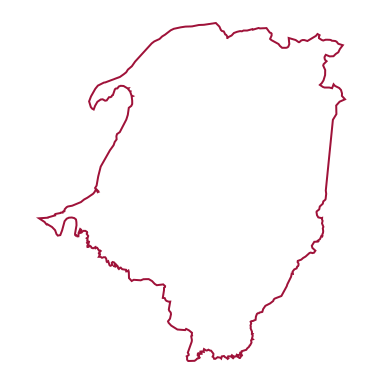 Tubará, Atlántico, Colombia
{"feature_id": "7082276B89966786375861", "entity_name": "Tubará", "entity_type": "district", "adm_level": 2, "iso_a3": "COL", "parent_name": "Colombia", "parent_adm1": "Atlántico", "projection": "orthographic", "projection_center": [-75.005, 10.899], "detail": "fine", "context": "isolated", "style": "outline", "palette": "rose", "viewbox_px": 384, "rotation_deg": 0, "n_neighbors": 0, "source": "geoboundaries", "source_scale": "gbopen_adm2", "svg_char_len": 5888}
<svg xmlns="http://www.w3.org/2000/svg" viewBox="0 0 384 384"><path d="M292.9,273.8L292.6,271.6L294.3,269.4L296.6,268.4L297.2,266.6L298.0,266.2L298.5,265.1L298.5,263.5L297.6,262.1L297.8,260.9L301.3,259.6L303.1,258.0L305.5,256.6L309.5,253.0L310.7,252.6L312.5,253.1L314.0,252.7L315.4,250.7L312.4,247.9L311.8,245.8L314.3,241.8L318.0,241.6L319.0,240.7L318.1,241.2L317.7,240.8L320.0,239.1L321.3,236.1L322.2,236.5L322.5,235.7L322.3,234.4L323.0,232.9L323.2,231.1L322.8,228.3L323.4,226.9L322.0,223.3L322.6,220.9L322.0,219.4L322.1,217.9L321.5,218.1L318.3,217.4L317.0,215.2L316.5,212.1L316.7,211.4L319.2,209.4L319.8,206.5L322.8,203.7L323.3,201.4L325.3,199.7L325.6,199.0L326.2,193.8L325.8,190.5L332.9,119.8L336.4,114.1L336.2,105.5L339.6,101.7L345.0,99.3L341.9,95.9L342.0,93.4L341.0,90.0L339.2,88.0L335.0,85.9L333.6,84.3L332.1,88.2L329.1,87.5L324.5,87.5L323.0,87.0L319.9,84.9L321.8,83.1L323.5,80.4L325.1,75.1L325.2,70.0L323.2,65.6L323.6,64.2L326.6,61.2L325.3,60.1L324.7,58.9L324.5,57.2L325.1,55.9L325.8,54.8L329.7,56.4L333.5,56.2L335.7,54.0L338.3,52.3L339.9,49.0L342.8,45.2L338.3,43.8L336.6,41.7L335.2,41.0L331.8,40.7L330.8,40.0L329.5,39.8L325.8,39.7L323.2,40.5L321.8,40.0L319.0,38.2L318.9,36.8L319.6,35.2L317.5,34.0L315.9,35.9L307.4,41.0L304.5,40.1L302.8,40.0L301.2,40.5L299.4,42.1L298.6,42.1L295.6,40.0L288.7,38.0L289.3,44.1L288.3,46.7L287.4,47.4L286.1,47.8L282.1,47.8L279.9,45.9L278.5,44.0L271.4,40.1L270.1,38.9L271.6,35.6L271.6,33.6L270.9,32.9L269.8,32.6L266.5,28.1L260.0,28.4L258.6,28.0L252.8,29.7L252.5,29.1L247.3,30.5L243.6,30.5L241.9,31.3L240.1,31.1L237.1,31.8L233.9,33.0L231.6,35.5L227.8,37.4L227.3,38.8L227.2,36.4L226.1,34.8L225.2,34.4L224.2,32.2L223.7,31.4L222.0,31.0L220.9,30.0L219.4,26.6L215.8,23.0L203.9,24.8L198.9,25.0L192.0,26.4L185.5,26.6L180.8,27.3L173.8,28.8L170.7,30.3L165.0,34.7L162.2,36.4L159.5,39.0L154.3,41.4L151.7,43.4L135.1,61.6L131.9,66.2L127.9,69.6L126.2,72.3L123.8,74.2L120.0,76.9L105.3,82.4L103.9,82.6L97.9,85.6L95.3,88.8L91.0,96.4L89.1,101.4L90.8,107.0L92.2,108.7L93.7,109.5L95.1,105.8L97.4,101.8L100.7,99.5L102.7,99.3L105.1,100.7L106.7,100.4L109.0,97.2L110.3,97.2L111.4,96.7L112.0,95.5L112.9,95.1L114.9,89.3L115.9,88.5L117.4,88.4L118.8,86.5L120.7,85.8L123.6,86.0L127.6,88.4L128.6,88.3L128.1,89.0L129.9,91.3L130.6,91.4L130.4,92.3L131.5,95.5L132.8,96.1L131.7,96.6L132.2,100.7L132.2,104.0L131.3,105.9L128.8,107.8L127.8,114.9L126.3,119.6L119.8,132.1L117.0,134.1L116.4,136.2L116.6,139.4L114.7,142.0L113.6,145.2L110.0,150.2L100.7,166.6L98.2,176.5L96.6,185.6L95.1,188.0L99.0,191.9L97.8,191.3L98.1,192.0L97.8,192.2L96.8,190.7L97.5,190.9L96.6,189.8L95.8,189.8L94.5,192.1L93.2,193.7L87.4,197.7L84.1,199.5L80.9,202.1L72.2,205.7L67.9,206.5L66.6,207.2L64.7,209.3L64.5,210.7L63.9,211.0L64.1,211.4L62.7,212.0L62.6,212.6L60.9,212.6L60.5,213.0L55.4,214.0L54.8,214.6L55.1,215.4L48.0,217.4L47.9,217.7L39.0,218.3L44.6,222.0L46.3,224.2L46.9,224.6L47.3,224.2L52.0,227.0L55.1,230.2L56.5,234.1L57.8,235.6L60.3,235.1L62.1,230.4L64.6,221.2L66.7,218.7L68.9,217.7L71.8,217.5L74.3,218.1L76.0,219.5L76.4,222.1L76.5,225.3L75.0,234.0L75.2,235.1L75.8,235.6L76.3,235.2L77.3,236.4L78.4,236.3L78.6,232.9L80.2,229.0L81.1,229.7L80.7,232.8L81.5,232.6L83.1,230.9L85.4,230.9L87.0,231.9L87.2,232.8L86.7,233.9L88.2,236.0L87.8,237.3L86.7,238.2L87.6,239.0L87.2,240.8L89.0,241.7L88.8,242.7L87.3,242.5L87.0,242.8L88.1,244.4L87.3,246.0L87.5,247.0L88.6,246.9L88.8,246.4L88.5,245.6L89.2,245.4L91.0,246.6L91.6,247.8L92.7,248.2L93.5,248.2L95.4,247.1L95.6,248.1L96.4,247.6L97.2,247.8L99.0,250.6L99.9,250.4L100.7,251.0L98.8,253.2L99.0,253.7L99.8,253.8L100.0,254.4L98.8,256.8L100.5,256.8L102.0,257.8L103.7,257.2L105.3,257.3L106.2,258.7L106.7,261.7L107.0,262.0L108.2,261.2L109.5,265.1L110.3,265.8L112.1,265.1L111.8,262.8L112.6,262.0L114.0,262.4L114.7,263.4L114.6,265.0L114.1,266.2L115.6,266.7L116.4,266.1L116.4,264.9L117.8,266.4L118.2,268.3L118.9,269.0L120.1,267.7L120.7,267.6L122.2,269.2L126.0,269.8L126.2,271.4L127.9,271.3L127.9,270.8L128.4,270.5L128.8,272.0L129.0,278.1L131.7,281.0L133.7,279.8L140.8,280.3L143.5,279.2L148.7,279.1L152.1,281.1L154.7,283.9L156.8,285.2L163.2,284.4L165.1,286.1L165.0,287.0L164.0,287.8L164.0,290.2L162.8,297.9L164.7,298.1L165.7,300.2L166.5,300.9L168.7,301.7L170.2,301.6L168.8,309.5L169.2,310.7L170.7,312.5L171.0,314.2L170.0,318.7L168.0,321.3L168.6,322.8L171.2,325.6L177.4,329.5L185.1,330.1L186.1,328.9L188.9,330.3L192.0,332.8L191.8,334.3L192.1,335.6L191.2,336.2L191.9,340.0L191.7,341.7L187.8,352.7L188.7,354.2L188.6,355.2L186.7,356.3L187.1,357.3L187.1,359.6L187.8,360.7L188.5,361.0L194.6,360.8L196.4,359.5L196.9,358.8L199.4,358.0L199.6,357.6L198.5,356.8L199.1,356.1L199.0,355.5L197.7,355.1L197.9,353.5L198.7,353.2L199.9,353.9L201.6,353.8L201.4,352.1L200.5,352.2L200.4,351.6L201.3,351.4L203.8,351.9L203.6,350.5L204.0,349.1L206.2,350.5L207.2,350.4L208.4,349.7L209.9,350.5L211.1,350.7L213.4,353.7L213.4,355.1L212.6,356.7L213.5,357.3L214.1,358.8L215.4,358.8L217.6,357.2L220.4,357.7L221.2,358.5L221.8,356.4L224.0,356.0L225.1,357.2L226.5,357.8L227.7,358.9L228.1,358.5L227.5,358.3L228.2,356.3L231.3,356.5L232.0,356.0L231.5,355.7L231.9,355.2L232.6,355.9L232.4,356.8L231.8,357.1L233.1,358.2L233.5,357.8L233.3,356.1L234.8,356.7L236.1,356.2L236.8,354.7L237.5,355.1L238.1,355.0L238.2,355.5L237.2,356.2L237.5,356.8L238.5,357.1L239.4,358.0L240.1,357.9L240.7,356.8L240.8,354.9L241.8,355.6L242.0,355.4L241.2,353.7L240.0,354.3L240.2,352.6L241.6,352.1L241.7,351.2L246.3,349.8L247.1,348.5L249.1,346.7L249.6,345.5L250.1,345.3L251.5,342.6L251.1,340.4L251.6,339.7L252.9,339.3L252.0,338.4L252.7,335.8L252.3,334.8L252.7,334.0L251.9,333.9L252.0,331.7L250.6,328.3L250.8,326.7L250.5,325.4L251.2,323.5L250.6,321.7L251.3,321.2L252.8,321.0L255.6,319.8L255.9,316.7L256.9,314.0L257.7,313.3L258.9,313.2L259.4,312.6L262.3,311.9L263.2,309.0L265.4,305.8L270.1,303.4L273.2,301.0L273.8,299.4L274.9,298.5L281.4,296.0L286.7,286.3L287.3,284.4L291.1,276.7L291.7,273.6L292.9,273.8Z" fill="none" stroke="#9f1239" stroke-width="2"/></svg>